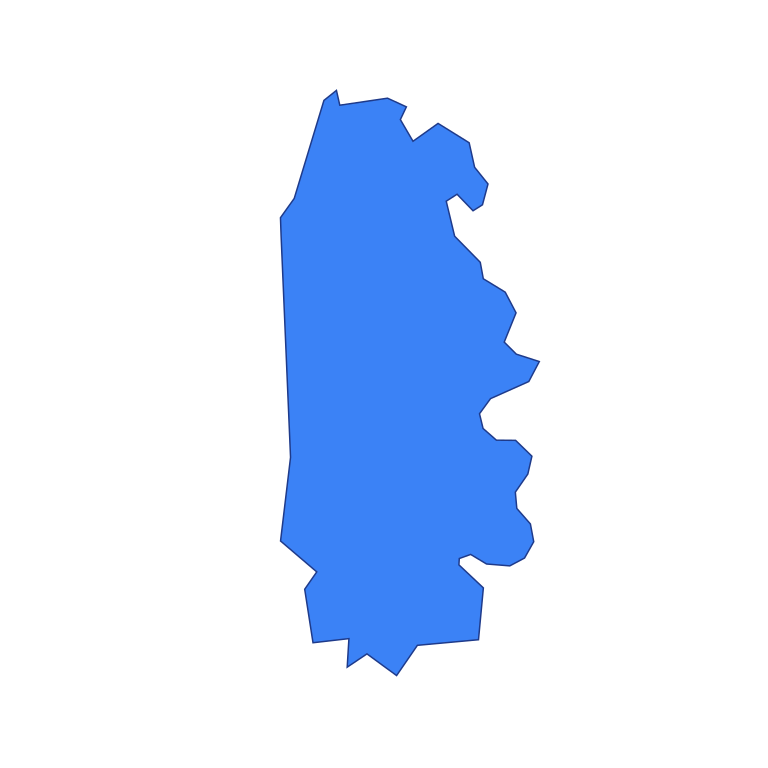 Rhea, Tennessee, United States of America (Natural Earth projection), rotated 321°
{"feature_id": "52423323B57247601892980", "entity_name": "Rhea", "entity_type": "district", "adm_level": 2, "iso_a3": "USA", "parent_name": "United States of America", "parent_adm1": "Tennessee", "projection": "natural_earth1", "projection_center": [-84.888, 35.617], "detail": "fine", "context": "isolated", "style": "filled", "palette": "blue", "viewbox_px": 768, "rotation_deg": 321, "n_neighbors": 0, "source": "geoboundaries", "source_scale": "gbopen_adm2", "svg_char_len": 855}
<svg xmlns="http://www.w3.org/2000/svg" viewBox="0 0 768 768"><g transform="rotate(321 384 384)"><path d="M296.5,642.2L332.9,605.0L328.4,571.7L332.7,567.0L344.1,571.0L350.4,588.4L367.3,604.5L383.7,607.7L401.1,600.8L409.7,584.9L408.9,564.3L418.0,550.7L439.1,544.5L453.5,533.2L450.8,510.6L436.0,498.4L433.0,480.9L439.5,467.2L457.6,462.4L498.1,473.2L518.8,464.3L505.6,444.1L503.8,427.1L531.4,411.8L536.0,388.9L527.4,364.7L535.4,350.0L531.9,313.6L547.4,281.1L560.2,282.5L562.2,305.4L573.3,306.7L590.7,294.0L590.8,272.6L602.0,250.1L590.0,215.5L559.3,213.6L563.1,188.8L575.8,182.7L566.6,164.1L525.1,139.5L531.8,125.9L515.8,125.8L431.0,183.3L408.2,189.6L397.2,204.2L265.2,382.2L204.8,440.9L213.5,487.7L193.2,493.6L166.0,540.4L196.5,559.8L177.2,580.9L200.9,583.0L210.3,618.5L245.5,608.1L296.5,642.2Z" fill="#3b82f6" stroke="#1e3a8a" stroke-width="1.5"/></g></svg>